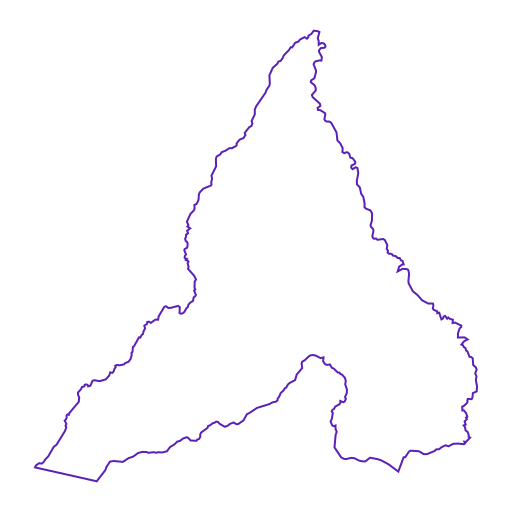 outline of São José do Rio Claro, Mato Grosso, Brazil
{"feature_id": "56859067B99749673428904", "entity_name": "São José do Rio Claro", "entity_type": "district", "adm_level": 2, "iso_a3": "BRA", "parent_name": "Brazil", "parent_adm1": "Mato Grosso", "projection": "mercator", "projection_center": [-56.788, -13.44], "detail": "fine", "context": "isolated", "style": "outline", "palette": "violet", "viewbox_px": 512, "rotation_deg": 0, "n_neighbors": 0, "source": "geoboundaries", "source_scale": "gbopen_adm2", "svg_char_len": 6039}
<svg xmlns="http://www.w3.org/2000/svg" viewBox="0 0 512 512"><path d="M464.0,444.2L465.1,443.3L464.3,441.7L466.0,441.9L470.1,437.6L468.6,436.8L468.8,435.3L467.6,431.9L465.5,430.3L465.1,427.4L463.7,425.4L465.7,424.6L464.6,421.4L466.9,419.1L466.0,417.6L467.3,416.8L466.1,413.1L463.8,410.4L462.4,410.5L462.2,406.6L463.8,406.0L466.8,403.2L467.6,401.8L467.3,400.5L467.8,398.9L471.6,399.2L472.4,397.7L472.9,393.1L476.7,391.4L477.0,386.2L475.8,379.8L476.5,376.6L475.2,373.2L476.7,369.5L475.8,367.4L473.2,365.0L472.7,358.2L471.2,357.1L469.5,356.8L467.5,351.5L466.0,350.4L465.5,348.1L463.8,347.0L463.0,345.3L461.4,344.6L464.2,341.2L467.6,339.4L464.6,337.4L457.9,337.5L458.0,333.3L459.6,328.4L461.2,327.0L461.3,325.6L455.1,322.6L452.6,323.0L452.9,319.7L449.7,318.8L448.3,317.5L447.1,318.7L445.1,315.9L443.7,316.5L443.0,318.5L441.4,319.4L439.2,312.7L437.3,313.2L437.2,311.3L434.0,310.0L432.8,308.6L433.4,305.3L432.9,303.5L428.1,303.5L422.1,300.3L417.7,295.2L412.9,291.3L408.7,283.5L408.4,281.2L409.1,273.6L408.2,269.9L406.9,269.1L402.6,268.8L397.7,271.4L399.2,266.6L402.3,264.5L403.6,264.4L402.6,261.0L400.8,260.2L399.7,258.0L397.6,258.0L396.1,256.3L392.8,255.5L391.9,254.1L390.6,253.7L389.0,253.8L387.6,252.5L388.0,250.7L386.7,248.9L387.3,245.2L384.9,240.1L383.2,239.0L377.4,239.8L376.0,238.5L374.1,238.8L373.0,238.0L372.3,236.4L373.5,230.8L373.0,229.0L371.0,226.7L370.5,225.1L371.9,220.8L372.1,213.4L370.4,210.4L365.9,208.6L364.5,207.3L364.6,203.4L363.3,196.9L361.2,193.8L359.8,187.4L357.0,184.4L356.8,181.0L358.3,173.0L357.4,167.9L355.6,167.3L352.6,169.2L351.2,167.7L351.4,165.6L354.9,163.9L355.4,162.0L352.6,158.2L350.4,157.7L349.2,153.8L347.7,152.4L346.2,152.3L344.2,153.2L342.4,152.0L342.7,148.2L340.2,143.3L337.4,140.4L336.5,132.5L335.6,130.7L331.3,122.9L329.5,121.6L326.6,121.5L325.1,120.6L324.4,119.1L325.3,114.4L325.0,113.1L320.3,110.2L317.9,109.9L317.6,108.0L320.4,105.9L319.9,103.7L312.7,97.2L311.9,94.9L315.8,90.4L315.7,88.1L314.7,85.3L310.8,82.2L311.1,80.4L314.4,78.2L316.0,72.2L316.0,70.6L313.6,64.2L314.4,62.4L315.6,61.3L319.1,60.5L321.4,60.6L321.9,57.2L319.1,52.0L319.0,50.4L320.8,48.1L324.6,47.7L325.5,46.7L325.0,44.7L323.6,43.3L321.4,43.0L318.7,44.8L318.7,41.1L317.8,38.2L319.4,32.0L317.7,31.2L313.7,30.7L311.4,33.9L308.4,35.7L308.2,37.3L307.0,38.7L304.7,37.1L300.3,39.3L298.1,41.8L295.2,42.7L292.2,47.4L290.8,47.2L288.9,50.1L283.7,55.5L282.8,57.9L280.6,60.9L278.3,61.6L277.4,63.7L272.7,67.9L269.4,75.4L269.8,83.4L269.4,85.7L266.6,89.7L265.4,92.9L256.1,106.4L254.8,109.5L254.8,114.4L251.6,121.0L252.4,123.5L251.5,125.9L249.2,127.2L244.7,132.9L245.5,134.9L243.5,138.1L240.2,139.3L238.6,140.8L236.7,143.3L236.6,145.4L235.2,146.6L233.5,147.1L232.4,148.2L229.2,148.2L226.1,150.4L221.7,152.2L220.4,154.3L216.7,156.5L215.9,158.8L216.1,166.4L211.5,175.5L212.1,179.0L211.2,182.4L211.5,184.6L210.6,185.7L203.4,188.6L199.8,192.3L198.9,194.3L198.5,199.9L197.6,202.0L196.3,204.2L194.4,204.9L194.6,208.5L194.1,210.1L190.4,214.0L186.9,221.7L188.4,225.1L187.4,226.6L190.2,228.3L187.1,230.8L188.1,233.3L186.0,234.7L186.1,236.5L185.1,238.8L185.8,241.1L187.1,241.9L187.6,243.3L187.6,245.2L187.2,247.6L184.7,249.1L184.3,250.4L186.0,254.3L184.9,255.9L184.6,257.7L185.4,258.8L186.8,258.8L186.0,260.2L187.7,260.6L188.5,261.7L187.6,263.3L188.6,266.8L188.0,268.8L194.1,275.7L196.0,279.5L194.7,281.5L194.5,287.8L195.3,289.5L194.1,290.6L195.9,294.9L195.2,296.3L193.7,297.3L193.0,300.9L190.1,302.8L188.4,304.7L187.9,306.9L186.4,308.3L184.3,312.0L182.5,313.4L180.9,313.7L179.5,313.1L179.8,307.1L178.1,305.9L171.0,307.8L168.4,308.0L166.0,306.3L164.3,306.8L158.7,316.3L158.1,319.7L155.4,319.6L150.8,322.9L149.1,321.7L147.3,321.9L147.2,323.7L144.3,325.8L145.1,328.3L143.4,331.7L143.1,333.8L141.5,335.3L140.3,337.6L139.0,337.3L134.1,346.1L132.9,347.0L132.5,351.8L131.5,353.0L131.7,355.0L130.7,358.8L128.5,361.8L125.1,363.1L124.0,364.4L119.7,365.3L116.6,365.0L115.2,365.9L115.6,367.5L114.5,368.7L113.6,371.5L112.3,372.9L110.3,372.3L109.2,375.5L105.9,379.3L99.7,381.2L94.3,380.2L92.5,380.9L90.3,385.8L88.2,386.4L87.6,384.9L86.3,384.4L84.7,384.8L84.3,386.4L81.9,387.1L81.1,389.1L78.0,392.5L78.1,395.0L79.2,397.4L78.8,401.8L69.3,413.1L68.9,414.8L67.2,414.5L66.5,415.8L66.7,417.5L65.9,419.5L64.7,420.6L66.4,424.0L65.5,425.7L66.3,427.4L64.9,431.1L56.5,444.8L53.7,446.9L48.3,456.3L45.1,459.6L43.7,462.0L41.8,463.6L39.1,463.2L36.0,465.4L35.0,467.4L96.7,481.3L105.3,470.2L106.5,466.8L110.0,461.6L113.8,461.0L122.8,461.9L128.6,458.1L133.0,456.7L138.1,453.0L142.3,451.9L146.4,452.0L148.4,452.8L153.8,452.2L156.3,452.8L158.2,452.2L162.2,452.5L166.9,451.3L170.0,447.1L174.7,444.2L177.2,441.6L180.0,440.9L183.1,438.5L186.8,437.2L188.5,438.1L190.6,440.5L196.3,440.8L197.3,439.6L199.0,439.0L200.3,436.8L200.2,434.6L201.0,432.6L207.5,427.9L208.2,425.9L209.9,425.4L213.1,423.0L214.5,422.8L216.2,421.6L217.9,421.9L219.5,423.7L224.8,426.8L228.1,425.5L229.9,423.9L233.7,422.5L236.4,424.2L238.3,424.0L243.5,420.4L246.9,414.2L249.4,413.0L257.0,407.9L269.4,404.1L272.4,402.4L276.1,401.6L277.6,400.2L277.7,398.4L279.0,397.1L280.7,393.0L283.5,390.5L284.8,388.3L286.1,387.7L288.0,384.4L289.6,383.0L295.1,380.1L296.7,374.6L302.2,368.0L301.6,363.4L302.1,361.8L304.9,360.1L308.6,356.5L310.3,355.4L312.7,355.0L315.5,355.5L320.6,358.1L323.5,357.4L323.1,361.2L324.8,363.9L326.8,364.9L329.9,364.5L332.0,367.9L333.8,368.6L337.7,372.5L339.5,372.6L340.3,374.0L342.0,374.6L344.9,377.8L345.8,381.1L345.2,384.2L346.9,389.4L346.8,393.2L345.0,397.0L345.9,398.9L344.5,401.7L343.3,402.2L340.3,401.0L340.4,402.9L339.2,404.4L335.2,406.6L334.1,408.8L332.3,410.0L331.7,411.4L332.8,412.9L331.8,418.9L330.6,421.6L332.3,425.5L333.7,426.2L335.5,425.5L335.5,428.8L336.7,431.8L335.6,435.0L334.5,447.4L341.1,457.3L343.6,458.7L346.0,459.1L351.1,457.9L354.4,458.2L359.3,460.7L362.9,461.4L365.3,461.4L370.1,457.7L377.8,459.2L381.3,460.4L388.7,464.4L398.3,471.6L403.6,457.3L405.3,457.1L408.9,451.7L410.5,450.7L417.5,451.1L419.5,451.5L423.6,454.1L427.0,454.1L434.4,451.1L436.2,449.4L439.2,449.2L441.5,447.2L445.6,445.3L448.5,446.3L453.2,443.8L458.3,443.6L464.0,444.2Z" fill="none" stroke="#5b21b6" stroke-width="2"/></svg>